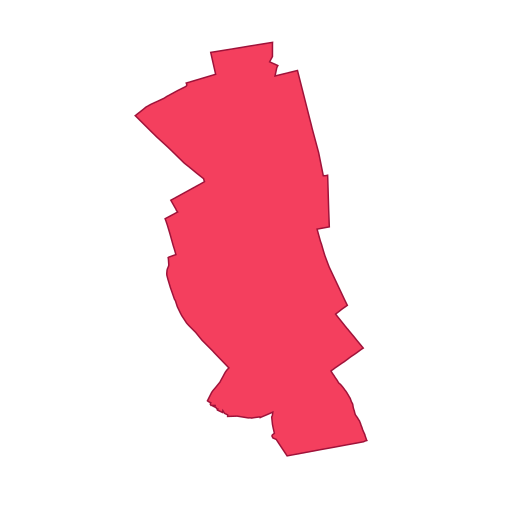 the district of Cuca, Galati, Romania, rotated 164°
{"feature_id": "2599482B7817102818431", "entity_name": "Cuca", "entity_type": "district", "adm_level": 2, "iso_a3": "ROU", "parent_name": "Romania", "parent_adm1": "Galati", "projection": "albers", "projection_center": [27.903, 45.741], "detail": "fine", "context": "isolated", "style": "filled", "palette": "rose", "viewbox_px": 512, "rotation_deg": 164, "n_neighbors": 0, "source": "geoboundaries", "source_scale": "gbopen_adm2", "svg_char_len": 3535}
<svg xmlns="http://www.w3.org/2000/svg" viewBox="0 0 512 512"><g transform="rotate(164 256 256)"><path d="M243.4,464.2L243.9,455.9L244.7,441.8L263.7,441.6L275.4,441.5L275.3,440.0L275.4,439.3L275.8,438.9L276.7,438.3L285.8,436.6L298.0,433.9L300.8,433.0L315.1,430.8L320.7,429.5L324.8,427.7L333.4,424.2L333.0,423.5L322.4,404.5L318.6,397.8L310.6,384.8L303.0,371.5L299.5,365.3L298.6,364.0L296.3,360.8L290.3,352.1L285.0,344.7L285.1,344.0L285.1,343.0L285.0,341.7L285.9,341.4L322.5,333.1L320.5,324.8L320.1,323.4L320.0,322.1L319.2,319.9L326.1,318.4L333.1,316.9L332.9,314.5L332.7,310.0L332.6,301.3L332.7,288.9L332.6,284.8L332.6,279.4L335.3,279.3L337.9,279.1L339.8,279.0L340.9,278.7L341.0,277.6L341.2,276.5L341.9,273.3L342.3,271.4L342.9,270.3L344.9,267.8L345.5,266.7L346.7,263.5L347.0,261.9L347.1,258.0L347.0,250.9L347.0,249.5L346.5,240.8L346.3,237.0L345.8,235.3L345.6,228.9L344.4,222.0L343.8,219.1L342.9,216.2L341.2,210.7L339.8,207.8L335.1,199.3L334.2,197.2L331.1,189.9L323.7,176.5L322.8,174.6L312.9,155.9L315.3,154.5L317.5,152.8L319.1,151.2L321.0,149.2L323.9,146.3L325.4,144.7L331.0,140.8L334.6,138.4L336.2,137.1L342.6,130.2L341.9,129.2L339.9,127.4L340.8,126.2L340.4,124.7L335.9,123.5L338.2,123.1L336.2,121.3L335.8,119.9L334.9,119.4L335.5,118.5L332.0,115.4L331.4,114.9L330.5,116.5L329.7,113.5L327.0,111.1L327.5,109.6L327.1,109.5L318.3,107.3L308.1,102.5L306.3,102.1L304.8,101.4L302.8,101.2L296.7,100.3L296.6,99.5L295.4,99.7L289.5,100.4L282.9,101.3L284.2,98.2L285.3,96.9L286.6,89.6L286.9,85.9L287.2,80.5L289.6,79.5L290.3,78.6L289.9,76.4L287.1,74.1L286.1,70.8L281.2,55.3L246.6,52.0L232.9,50.6L221.2,49.5L219.2,49.3L211.4,48.5L204.9,47.9L204.0,47.8L203.7,47.8L202.2,48.1L200.3,48.1L200.5,49.1L200.5,49.9L200.6,51.8L200.7,53.4L200.6,54.0L200.7,54.3L200.7,54.5L200.7,55.0L200.9,56.1L201.4,59.6L201.4,61.4L201.5,62.7L201.7,64.5L201.7,66.0L201.9,67.7L202.0,68.8L202.0,69.1L202.2,69.5L202.5,70.5L202.7,71.1L202.7,71.3L202.8,71.4L202.9,71.9L203.0,72.5L203.4,73.5L203.5,73.9L203.9,74.9L204.2,75.9L204.3,76.3L204.3,77.0L204.3,77.7L204.3,78.7L204.2,79.8L204.3,81.4L204.3,82.4L204.3,83.2L204.2,84.1L204.2,84.6L204.0,85.8L203.9,87.0L204.0,87.5L204.0,87.8L204.2,88.5L204.4,89.4L204.5,89.9L204.5,90.7L204.6,91.5L204.6,92.3L204.7,93.1L204.8,93.6L204.9,94.1L205.1,94.6L205.2,95.0L205.3,95.4L205.6,96.8L206.0,98.1L206.2,99.1L206.5,100.0L206.8,101.0L207.1,101.8L207.6,102.9L208.0,104.2L208.4,105.2L208.7,106.0L209.1,106.9L209.8,108.5L210.3,109.4L210.5,109.8L211.1,110.5L211.4,110.9L211.5,111.4L211.8,112.2L212.2,113.9L212.8,115.7L213.4,117.3L213.9,119.2L214.7,121.5L215.3,123.5L215.6,124.8L214.4,125.3L212.9,125.8L210.4,126.8L208.2,127.5L205.6,128.4L203.8,129.0L202.6,129.4L200.2,130.1L197.9,131.0L196.0,131.7L194.3,132.4L192.1,133.2L189.9,133.9L188.3,134.4L186.0,135.2L184.4,135.8L183.0,136.3L181.2,137.0L179.4,137.6L178.3,137.9L178.6,138.7L179.2,139.9L179.5,140.8L179.8,141.4L180.5,143.0L181.5,145.3L182.4,147.3L183.2,149.3L183.9,151.0L184.6,152.6L185.3,154.1L185.9,155.5L187.4,158.9L187.7,159.7L188.0,160.4L188.5,161.3L188.9,162.4L189.7,164.1L189.9,164.7L194.3,175.2L195.5,178.2L189.1,180.8L187.3,181.5L181.8,183.4L182.8,188.9L188.7,225.1L189.1,229.8L189.7,237.3L189.8,242.4L189.8,249.3L190.0,252.5L189.9,265.0L177.5,263.8L173.5,280.0L165.8,310.2L164.9,313.9L166.8,314.0L169.2,314.6L167.3,337.9L166.9,362.6L166.7,367.5L166.6,371.6L165.0,422.9L187.9,423.8L188.1,423.8L184.1,431.3L183.2,432.3L182.5,433.0L189.4,438.9L185.2,443.2L181.6,455.7L181.2,456.8L204.3,459.6L211.5,460.4L230.2,462.6L243.4,464.2Z" fill="#f43f5e" stroke="#9f1239" stroke-width="1.5"/></g></svg>